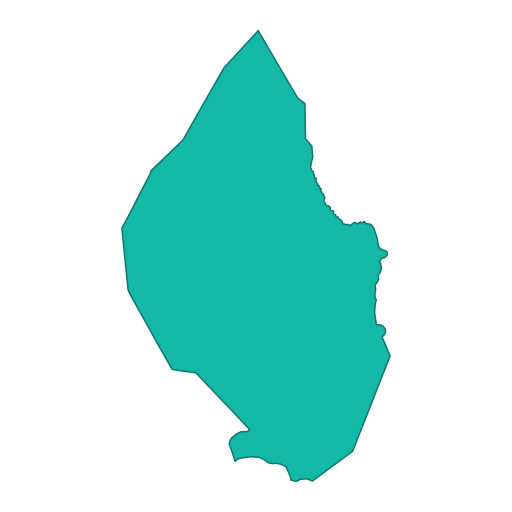 San Miguel Tlacotepec, Oaxaca, Mexico
{"feature_id": "50627088B15325510278306", "entity_name": "San Miguel Tlacotepec", "entity_type": "district", "adm_level": 2, "iso_a3": "MEX", "parent_name": "Mexico", "parent_adm1": "Oaxaca", "projection": "robinson", "projection_center": [-98.0, 17.447], "detail": "fine", "context": "isolated", "style": "filled", "palette": "teal", "viewbox_px": 512, "rotation_deg": 0, "n_neighbors": 0, "source": "geoboundaries", "source_scale": "gbopen_adm2", "svg_char_len": 2068}
<svg xmlns="http://www.w3.org/2000/svg" viewBox="0 0 512 512"><path d="M235.5,461.2L237.5,459.1L242.1,457.8L245.2,457.5L248.7,457.0L251.2,456.7L256.2,457.2L259.4,457.4L264.6,459.9L268.1,462.7L272.1,463.6L275.9,463.3L280.1,464.0L283.7,465.3L286.3,467.3L288.3,471.9L290.6,477.4L290.9,480.0L296.0,481.3L297.9,480.8L298.8,480.1L299.9,479.3L306.9,478.8L312.4,481.0L352.6,451.3L390.1,356.0L382.2,337.2L384.8,333.9L385.6,331.3L385.2,328.7L382.9,326.0L379.7,324.7L376.2,324.9L376.1,322.7L374.6,312.8L375.2,304.4L376.3,299.7L375.2,298.4L374.9,293.2L375.7,290.0L375.1,285.3L378.6,279.8L378.2,275.4L380.2,272.3L381.5,268.4L380.6,263.5L379.4,261.4L382.0,258.1L383.6,257.8L385.2,257.2L386.1,256.2L387.1,254.9L387.3,252.9L386.7,251.5L385.5,250.9L380.7,249.1L378.5,246.5L377.1,237.9L373.8,228.2L371.0,224.5L368.7,223.9L366.2,223.7L364.0,221.4L362.0,223.5L360.6,221.9L357.7,223.6L355.9,223.5L354.8,222.3L353.1,223.3L349.9,225.7L348.6,224.5L346.1,224.6L342.7,223.7L342.2,221.5L340.9,220.0L338.7,218.9L338.1,217.2L336.0,216.4L335.5,214.6L333.7,214.6L333.4,210.9L332.0,211.1L330.4,210.0L330.0,206.9L328.5,205.9L326.8,206.0L323.9,201.2L324.8,198.1L323.3,194.0L323.0,193.9L322.3,193.6L321.8,192.2L320.8,191.3L321.1,189.0L319.9,188.8L320.0,187.7L319.5,187.0L319.2,186.5L318.7,185.7L317.5,185.8L317.7,183.9L315.8,181.5L316.0,180.0L316.4,178.5L315.3,178.4L314.5,177.0L314.2,174.7L313.4,173.3L313.5,172.9L313.7,172.0L311.0,169.8L311.1,168.6L310.4,167.1L310.8,165.6L311.8,160.9L312.8,156.7L312.3,151.6L311.8,146.0L305.5,138.8L305.0,103.6L298.8,98.9L297.9,98.2L292.3,88.9L280.7,69.1L258.2,30.7L224.1,67.6L216.6,80.7L216.3,81.3L201.8,106.6L189.6,128.2L183.3,139.5L178.8,144.1L155.4,166.5L150.8,171.1L151.4,171.4L146.2,181.4L127.0,218.8L121.9,228.1L124.7,256.4L128.1,290.0L129.8,293.9L150.8,331.4L154.7,338.8L172.2,369.4L188.4,371.9L195.8,372.7L222.7,401.1L228.8,407.4L249.7,429.6L247.5,431.5L245.1,431.8L241.1,431.7L236.2,434.2L233.5,436.5L231.1,438.5L229.9,441.0L229.3,444.5L230.5,447.5L231.9,451.4L232.8,454.1L234.7,460.4L235.5,461.2Z" fill="#14b8a6" stroke="#0f766e" stroke-width="1.5"/></svg>